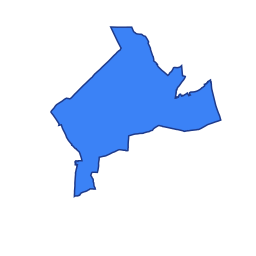 the district of Vulpeni, Olt, Romania, rotated 123°
{"feature_id": "2599482B22802217840007", "entity_name": "Vulpeni", "entity_type": "district", "adm_level": 2, "iso_a3": "ROU", "parent_name": "Romania", "parent_adm1": "Olt", "projection": "robinson", "projection_center": [23.942, 44.455], "detail": "fine", "context": "isolated", "style": "filled", "palette": "blue", "viewbox_px": 256, "rotation_deg": 123, "n_neighbors": 0, "source": "geoboundaries", "source_scale": "gbopen_adm2", "svg_char_len": 5570}
<svg xmlns="http://www.w3.org/2000/svg" viewBox="0 0 256 256"><g transform="rotate(123 128 128)"><path d="M155.2,201.5L156.5,201.4L156.8,201.0L157.0,200.4L158.0,197.5L159.9,192.9L161.6,189.1L162.1,188.1L162.5,187.8L163.5,187.5L161.6,185.7L163.8,183.0L165.0,181.1L165.8,179.6L167.6,176.6L168.8,175.0L169.2,174.6L169.6,173.8L170.9,171.1L172.2,167.0L172.1,166.6L172.6,166.3L173.0,165.9L172.8,165.7L173.9,161.2L173.8,160.7L173.6,160.3L173.6,160.1L174.1,159.6L174.1,158.9L174.4,157.3L174.5,156.1L175.0,155.4L175.6,154.3L175.9,154.1L176.2,153.7L178.4,151.0L179.3,150.0L180.5,148.8L182.5,151.8L183.2,151.7L183.3,151.7L183.4,152.1L183.2,152.4L183.3,152.7L183.4,152.9L183.7,153.3L184.0,153.9L184.2,154.0L184.4,154.0L184.4,153.7L184.5,153.6L184.9,153.4L185.3,153.9L186.0,153.4L186.0,153.2L185.9,153.0L185.9,152.9L186.0,152.9L186.3,153.0L186.4,152.9L186.3,152.6L186.6,152.5L187.0,152.2L187.3,152.4L187.6,152.1L186.6,151.2L186.3,150.6L186.3,150.4L187.5,150.3L187.5,150.0L187.6,149.9L188.0,149.8L188.1,149.7L188.6,149.7L189.5,149.2L189.9,149.2L190.8,148.9L193.0,148.0L193.8,147.8L194.4,147.5L194.4,147.4L195.5,146.7L197.6,145.6L203.0,142.6L205.4,141.0L210.0,138.5L211.5,137.5L213.3,136.5L213.6,136.3L214.6,135.7L214.1,135.5L213.5,134.9L213.2,134.6L213.1,134.3L212.2,133.0L211.8,132.9L211.3,132.6L211.1,132.2L210.4,131.9L210.0,131.9L209.8,132.1L208.8,131.9L208.2,131.9L207.7,131.8L207.2,131.3L206.5,130.9L205.1,129.8L204.8,129.5L204.5,129.2L203.1,128.2L201.3,127.4L200.7,126.9L200.2,126.8L199.8,126.7L199.4,126.3L199.3,126.0L198.4,124.6L197.9,123.5L197.0,122.2L196.6,122.7L196.3,122.8L196.0,123.4L195.8,123.7L195.3,124.6L194.8,125.2L192.8,126.8L192.5,127.1L192.2,127.7L191.9,128.0L191.0,128.5L190.2,129.2L190.0,129.3L189.7,129.9L189.5,130.6L188.5,132.2L188.2,133.1L188.1,133.4L185.6,134.0L185.2,134.0L184.6,133.9L183.3,131.9L181.9,129.5L180.8,129.9L180.1,130.1L176.4,131.7L175.0,132.5L174.0,133.3L172.2,134.2L170.5,134.9L168.2,136.2L167.6,135.6L166.2,134.3L165.1,133.2L164.1,132.1L163.2,131.3L162.8,131.1L160.0,129.3L156.8,127.5L155.3,126.3L153.2,125.1L151.6,124.1L151.2,123.8L151.0,123.6L150.1,122.0L149.0,119.5L148.1,118.1L148.1,117.7L148.2,117.4L147.4,116.3L147.1,115.8L146.9,115.8L145.1,116.9L144.5,117.1L141.6,119.0L138.6,120.7L136.8,121.6L135.6,122.3L135.0,122.7L134.3,123.1L134.1,123.1L133.1,122.2L130.6,120.1L129.4,119.0L128.3,117.6L127.7,116.8L126.1,115.1L125.2,113.8L124.8,113.2L124.4,112.7L123.9,112.2L123.3,111.9L122.3,111.0L121.1,110.0L119.6,108.4L119.2,108.1L117.9,107.5L117.6,107.2L116.9,106.5L116.7,106.3L116.3,106.2L114.8,106.2L114.2,106.0L112.9,105.5L110.4,104.3L109.6,103.9L109.1,103.5L108.7,102.6L108.6,102.1L108.2,101.2L108.1,100.9L107.9,100.4L107.9,99.7L107.3,98.5L105.7,94.3L105.0,92.4L104.5,91.1L104.2,90.2L103.6,88.8L103.2,87.6L102.6,86.1L102.2,85.4L101.8,84.3L100.5,80.6L100.3,80.0L100.3,79.3L100.2,79.1L99.8,78.5L99.1,77.9L98.2,76.8L97.9,76.7L97.8,76.4L97.5,75.9L95.7,73.9L93.0,70.6L92.2,69.6L91.6,69.2L91.3,68.5L90.9,68.1L90.3,67.6L88.5,66.5L84.5,64.4L81.7,63.0L79.8,61.5L78.3,60.3L75.5,58.2L72.6,55.8L71.6,55.2L71.0,54.6L70.8,54.5L69.9,55.6L69.1,56.5L68.2,57.5L67.5,58.4L66.3,60.2L63.9,63.4L61.3,66.7L49.8,78.9L49.0,79.6L47.0,81.2L46.1,81.8L44.2,83.4L44.5,83.6L42.8,85.0L44.8,85.9L45.7,86.4L46.3,85.9L46.7,86.3L47.1,86.5L47.4,86.4L47.8,86.1L48.1,86.2L48.4,86.8L48.6,86.9L48.8,87.0L49.1,86.9L49.3,86.9L49.4,87.2L49.7,87.4L49.6,87.5L49.8,87.7L50.3,87.2L51.1,86.7L53.3,87.5L53.9,87.9L54.0,87.8L56.5,88.6L58.8,89.8L59.9,90.6L60.7,91.3L61.0,91.5L62.0,92.6L63.4,94.5L63.5,94.8L64.2,95.2L64.9,95.6L65.0,95.6L65.3,95.4L65.9,94.7L66.3,94.0L66.4,93.7L66.7,93.9L67.6,94.5L67.8,94.7L67.2,95.5L67.0,95.8L66.9,96.6L66.4,97.3L67.4,97.7L67.5,97.7L67.8,97.8L68.9,98.4L70.5,99.2L71.2,99.5L71.0,100.0L72.0,100.5L71.0,102.3L71.8,103.1L72.6,103.1L72.8,103.0L73.2,103.0L73.4,102.9L73.5,103.0L74.7,102.6L74.8,102.8L75.1,103.8L75.6,103.8L75.7,104.0L76.0,103.9L75.7,103.0L77.2,104.6L75.0,105.6L73.6,106.2L72.9,106.5L72.6,106.6L72.4,106.7L72.5,106.8L69.6,108.2L69.3,107.8L68.4,108.2L67.7,108.4L66.7,108.3L65.9,108.4L65.5,108.2L65.2,108.1L63.0,108.0L59.8,107.9L57.4,107.6L56.1,107.6L54.8,107.7L54.2,107.8L53.6,108.0L53.8,108.6L54.0,109.4L54.4,110.5L54.4,110.8L53.5,111.4L53.3,111.7L46.5,117.0L46.9,117.1L47.2,117.2L47.6,117.3L47.9,117.3L48.5,117.6L48.8,117.8L49.7,118.6L50.5,119.4L51.0,120.3L51.5,121.3L51.9,121.9L52.1,122.2L52.3,122.4L52.8,122.6L53.1,122.6L53.6,122.5L53.9,122.4L56.2,122.3L57.4,122.4L58.2,122.8L59.2,122.9L59.4,123.0L60.3,122.8L61.3,123.0L62.2,123.2L61.5,128.0L61.2,131.1L60.2,135.9L60.0,136.4L59.8,136.9L59.5,137.4L59.0,137.8L59.0,138.3L58.6,138.1L58.0,140.3L57.7,143.1L57.2,143.3L56.4,143.8L55.2,145.0L54.4,145.8L54.3,146.2L53.7,147.1L49.9,151.9L49.5,152.2L49.2,152.4L48.8,152.8L46.1,157.1L45.9,157.4L45.3,157.4L44.8,157.5L44.5,157.7L43.1,160.2L41.8,163.0L41.7,163.5L42.1,164.7L42.2,165.9L42.2,166.6L42.0,167.0L42.0,167.5L42.2,168.0L43.0,169.3L44.0,171.3L44.4,172.4L44.4,172.8L44.4,173.2L44.2,173.5L44.3,173.9L44.2,174.3L44.2,174.8L44.1,175.8L41.4,179.8L45.6,186.2L49.2,191.7L52.7,197.5L54.2,195.1L61.0,184.0L64.3,178.2L64.7,177.3L65.0,177.3L67.2,177.1L68.6,177.9L69.4,178.0L70.6,178.4L71.9,178.5L75.0,179.3L82.4,180.7L88.9,182.3L91.4,182.9L94.1,183.4L98.6,184.7L99.6,184.9L100.4,185.2L103.2,185.6L105.0,185.7L106.4,186.2L112.1,187.5L113.5,187.8L116.6,188.6L120.0,189.3L126.4,190.6L128.5,191.1L133.3,191.9L134.2,192.2L135.1,192.6L135.3,192.7L135.8,194.2L136.2,194.9L136.3,195.5L136.6,195.9L138.3,196.8L139.3,197.2L140.3,197.5L141.4,197.9L143.5,198.9L147.3,200.6L149.2,200.9L151.4,200.9L155.2,201.5Z" fill="#3b82f6" stroke="#1e3a8a" stroke-width="1.5"/></g></svg>